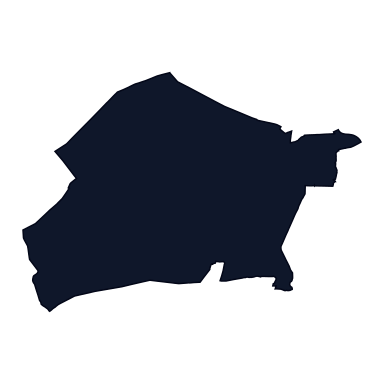 the district of Epe, Gelderland, Netherlands
{"feature_id": "6326949B68676611805057", "entity_name": "Epe", "entity_type": "district", "adm_level": 2, "iso_a3": "NLD", "parent_name": "Netherlands", "parent_adm1": "Gelderland", "projection": "equal_earth", "projection_center": [5.999, 52.327], "detail": "fine", "context": "isolated", "style": "filled", "palette": "ink", "viewbox_px": 384, "rotation_deg": 0, "n_neighbors": 0, "source": "geoboundaries", "source_scale": "gbopen_adm2", "svg_char_len": 5678}
<svg xmlns="http://www.w3.org/2000/svg" viewBox="0 0 384 384"><path d="M283.2,290.0L284.4,290.5L284.8,290.6L285.6,290.6L286.8,290.3L287.7,290.6L288.3,290.6L289.7,290.4L290.2,290.3L291.6,289.6L292.2,289.4L292.2,289.2L292.2,288.4L291.9,287.5L291.8,287.3L291.6,287.1L291.1,286.9L290.9,286.7L290.1,285.8L289.9,285.4L289.8,285.1L289.7,284.8L289.7,284.4L289.8,283.4L289.9,283.1L290.1,282.4L290.2,282.2L290.5,281.9L291.4,281.4L291.6,281.1L292.0,280.3L292.1,280.1L292.2,279.4L292.3,279.1L292.3,278.8L292.6,278.3L292.6,278.1L292.6,276.4L292.5,273.2L292.5,272.9L292.3,272.6L291.4,271.3L290.5,269.9L290.1,268.8L289.2,266.4L288.8,265.4L288.4,264.8L287.9,263.7L287.4,262.7L286.2,260.4L285.5,259.0L285.1,258.1L281.4,250.6L281.2,250.2L281.1,249.7L280.9,248.0L280.9,247.5L281.0,246.3L281.2,245.8L281.6,244.9L282.3,243.4L286.0,234.8L287.4,231.8L288.1,230.3L288.1,230.1L288.2,229.9L289.8,226.3L291.8,221.8L293.3,218.4L294.4,215.8L295.7,213.0L297.8,209.0L298.1,208.2L298.3,207.3L298.5,206.7L299.0,205.4L300.3,202.7L300.7,201.7L301.7,199.5L302.6,198.1L302.8,198.0L302.9,197.8L303.0,197.6L302.9,197.6L304.5,194.8L304.9,194.1L305.0,193.8L305.1,191.1L305.1,189.9L305.2,187.1L305.2,186.5L305.2,185.6L310.0,185.8L311.9,185.8L312.7,185.7L314.3,185.7L314.4,185.8L314.5,185.9L314.6,185.6L314.7,185.9L314.8,185.8L319.1,185.9L320.3,185.9L332.8,186.2L333.1,185.1L333.3,184.6L333.2,184.3L333.2,184.1L333.3,183.7L333.4,183.3L333.8,182.7L334.4,182.1L335.1,181.6L335.4,181.6L335.2,181.1L333.8,180.3L333.4,180.0L333.3,179.6L333.8,179.4L335.2,179.2L335.4,179.2L335.5,178.8L335.7,177.9L335.9,177.3L336.0,176.5L336.3,175.8L336.2,175.5L336.2,175.3L336.9,172.7L336.6,172.6L337.0,170.8L336.9,170.5L336.9,170.2L336.7,169.5L336.2,168.4L335.9,167.4L335.4,167.3L335.4,166.7L335.5,166.0L335.5,165.2L335.6,164.8L335.6,164.1L335.6,163.6L335.6,163.0L335.4,162.9L335.0,162.8L335.7,161.7L336.0,161.2L336.1,160.9L336.1,158.6L336.0,158.2L336.0,157.8L336.1,157.1L336.1,156.8L336.1,156.2L336.0,154.7L336.0,152.7L336.7,152.1L337.4,151.3L337.7,151.1L337.9,150.9L338.7,150.8L338.6,149.6L345.3,148.1L345.5,148.2L346.5,147.9L347.4,147.7L350.8,147.2L353.8,145.9L358.2,143.6L361.0,142.0L360.5,141.1L360.2,140.5L359.5,139.5L359.2,139.2L358.4,138.3L357.8,137.8L357.0,137.2L356.1,136.6L355.4,136.2L354.4,135.7L353.5,135.3L352.5,135.0L351.6,134.8L349.0,134.4L345.4,134.2L344.4,134.0L343.0,133.7L342.4,133.5L341.4,133.1L340.5,132.5L340.0,132.1L339.7,131.8L338.9,130.8L338.5,130.2L338.3,129.7L333.6,131.9L333.8,132.3L334.1,132.9L334.4,133.1L334.1,133.2L334.4,133.7L333.4,133.9L332.5,133.9L328.0,134.1L325.8,134.2L325.6,134.2L323.9,134.3L319.5,134.6L317.1,134.6L314.5,134.8L308.5,135.0L305.3,135.2L305.1,135.3L304.5,135.3L304.4,135.3L304.2,135.6L303.9,136.0L303.9,136.3L302.0,136.9L301.5,137.1L301.3,137.2L300.6,137.9L298.9,139.4L298.7,139.6L298.4,140.1L298.3,140.3L298.1,140.5L297.9,140.6L297.3,140.7L296.3,141.3L295.5,141.6L294.8,141.9L294.1,142.0L293.3,142.1L292.7,142.3L292.1,142.5L290.4,142.8L290.3,140.5L290.4,139.7L290.8,136.8L290.9,135.5L291.3,133.0L291.6,131.1L289.0,132.1L288.1,132.3L287.7,132.5L286.6,133.0L285.1,133.5L281.4,130.4L279.8,129.0L280.9,126.7L276.9,124.7L275.9,124.4L274.6,124.0L257.9,120.4L256.7,119.6L256.6,119.4L254.4,118.7L254.2,118.6L253.7,118.4L253.2,118.3L252.5,118.0L252.1,117.9L245.2,115.0L239.7,112.7L224.7,106.5L223.3,105.8L214.5,101.2L190.4,88.4L177.8,81.9L177.6,81.8L169.7,72.8L169.7,72.7L162.2,74.6L158.3,75.7L157.2,76.0L147.1,80.1L145.3,80.8L143.4,81.4L141.3,82.1L139.6,82.7L138.7,83.0L135.3,84.0L133.5,84.8L127.4,87.8L123.7,89.5L117.9,91.9L117.4,92.1L116.0,93.6L115.5,94.0L113.7,95.8L107.6,102.1L106.8,102.8L98.9,111.0L90.8,119.3L80.3,129.9L71.7,138.6L67.9,142.6L66.8,143.7L66.3,144.1L55.0,151.4L62.9,160.7L74.0,175.3L76.5,178.4L75.1,179.5L71.0,182.8L70.4,183.4L70.1,183.8L68.4,187.7L68.6,187.7L69.1,188.0L69.3,188.2L69.2,188.3L65.8,193.4L62.2,198.6L58.0,202.8L56.9,204.0L51.8,208.4L50.1,209.8L45.1,214.6L35.7,223.4L35.7,223.5L23.0,230.0L23.5,238.0L24.4,240.0L27.6,245.9L28.1,248.8L29.3,257.7L29.6,259.4L29.6,259.5L38.1,270.7L37.9,272.1L37.2,273.3L36.8,273.6L36.6,273.9L36.4,274.1L35.6,274.5L35.1,274.9L34.3,275.4L33.8,275.8L33.4,276.4L33.3,276.7L33.1,277.6L32.8,279.0L32.7,280.3L32.8,281.0L33.4,282.5L34.2,283.7L34.6,284.2L36.3,289.8L38.1,295.4L38.8,297.8L39.6,300.5L40.8,302.1L41.2,304.2L42.7,305.5L44.1,306.4L45.1,307.0L46.0,307.7L47.4,308.7L48.2,309.5L49.0,310.8L49.7,311.3L50.3,310.8L51.0,310.3L51.6,309.8L52.6,308.8L54.2,307.7L55.0,307.2L55.4,306.9L56.0,306.3L57.0,305.5L58.3,304.5L60.7,303.2L74.6,296.0L95.1,291.3L121.9,286.7L131.0,284.5L142.7,281.8L149.9,280.2L157.4,281.1L170.2,282.6L175.1,283.2L178.8,283.6L186.9,283.0L188.9,282.8L189.7,282.9L194.0,282.5L200.1,282.2L203.6,277.5L209.7,269.6L209.8,269.4L209.8,269.2L209.7,269.1L209.7,268.8L210.7,265.5L211.1,264.4L212.5,264.3L212.3,263.7L215.3,263.1L215.8,261.3L216.6,261.5L218.7,261.7L219.8,261.9L220.4,261.8L221.4,261.7L222.2,261.7L223.4,261.5L224.5,262.5L224.7,263.2L224.6,263.7L224.3,264.5L224.1,265.6L223.4,269.3L223.1,270.9L221.6,276.2L220.1,280.7L221.3,281.0L226.0,281.0L233.6,279.5L242.3,278.0L244.1,277.5L244.7,277.6L245.2,277.6L245.8,277.4L246.4,277.1L246.9,277.1L247.0,277.0L247.1,276.9L247.3,277.0L248.5,277.3L249.4,277.4L250.1,277.3L251.9,277.3L252.7,277.1L253.7,277.0L255.5,276.4L256.4,276.2L257.8,276.2L260.7,276.9L260.9,276.6L261.0,276.5L261.1,276.4L264.5,276.4L268.2,276.5L268.4,276.5L272.1,276.5L272.5,276.5L273.1,276.2L273.6,276.3L273.8,276.3L274.0,276.6L275.1,277.0L276.4,278.8L275.2,281.4L274.7,282.3L274.7,282.7L274.7,282.9L274.7,283.0L274.3,283.3L273.3,283.7L272.8,285.9L276.1,286.0L275.5,287.8L275.2,288.9L276.0,288.8L280.6,289.1L282.3,289.6L283.3,289.9L283.2,290.0Z" fill="#0f172a" stroke="#020617" stroke-width="1.5"/></svg>